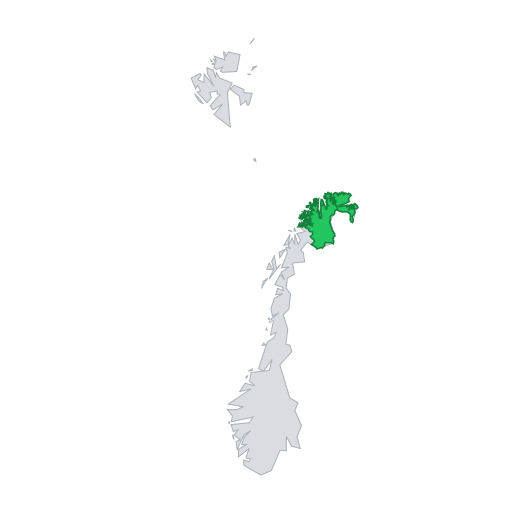 Finnmark highlighted on a map of Norway, rotated 331°
{"feature_id": "NOR-1062", "entity_name": "Finnmark", "entity_type": "County", "adm_level": 1, "iso_a3": "NOR", "parent_name": "Norway", "parent_adm1": "", "projection": "orthographic", "projection_center": [25.614, 69.86], "detail": "fine", "context": "in_parent", "style": "filled", "palette": "green", "viewbox_px": 512, "rotation_deg": 331, "n_neighbors": 0, "source": "natural_earth", "source_scale": "10m", "svg_char_len": 9779}
<svg xmlns="http://www.w3.org/2000/svg" viewBox="0 0 512 512"><g transform="rotate(331 256 256)"><path d="M307.9,268.6L297.8,272.6L299.0,275.9L295.7,284.8L284.7,279.9L280.7,290.5L272.7,290.7L266.8,298.7L267.8,305.8L258.9,318.5L251.4,320.5L248.2,335.6L239.4,347.5L242.3,350.3L241.0,357.0L224.0,362.9L216.7,396.7L221.6,404.7L215.1,409.9L213.5,426.4L204.3,434.0L201.3,445.8L194.9,439.4L195.1,428.5L188.1,441.0L182.8,437.6L165.4,451.1L153.9,449.9L143.9,433.1L146.4,428.4L150.0,432.4L153.1,430.9L149.3,427.8L156.4,421.2L143.2,423.2L147.1,416.5L156.1,416.2L152.1,414.0L157.7,408.7L166.6,406.2L158.4,406.7L145.7,416.1L148.7,408.5L153.1,409.3L150.1,402.0L155.9,399.3L151.0,398.6L152.4,391.3L169.2,398.6L175.4,395.5L154.1,389.0L157.8,384.5L156.6,376.4L165.1,381.1L171.5,381.6L160.0,372.1L187.1,369.8L176.0,366.6L184.8,362.0L192.0,369.0L189.8,362.3L195.3,355.4L212.1,362.6L219.9,354.2L206.7,360.3L203.6,355.8L224.2,336.7L232.5,336.2L236.5,332.5L230.3,332.3L239.6,321.5L238.3,318.5L248.2,316.7L241.3,316.6L243.5,309.3L251.6,301.8L261.1,302.0L254.5,299.5L259.1,294.6L262.9,299.5L264.1,296.4L258.7,290.1L268.3,283.8L269.4,290.5L269.9,282.4L279.3,281.7L272.6,278.7L284.7,268.6L286.5,262.9L290.0,266.3L288.8,262.8L296.3,257.8L295.4,264.8L300.6,255.5L298.3,266.6L302.7,263.6L302.5,256.3L311.0,258.4L307.6,250.7L316.1,248.5L320.0,256.0L329.3,237.1L335.4,240.7L330.8,253.9L339.9,238.9L340.5,248.3L343.0,246.3L346.4,235.4L351.3,237.4L348.5,243.1L350.8,243.2L350.6,251.0L354.1,239.4L367.9,248.1L354.4,252.7L360.7,259.9L368.8,261.0L356.8,273.6L358.7,265.1L357.2,261.4L348.0,254.5L337.4,261.7L335.3,274.8L329.8,282.2L312.8,279.3L307.9,268.6ZM304.4,67.4L308.8,72.6L307.2,80.1L310.2,76.4L310.4,82.8L319.0,93.2L310.2,99.1L296.0,130.8L287.9,112.0L300.5,106.8L289.2,107.3L288.6,102.4L302.9,97.5L300.5,95.5L302.2,92.8L294.8,90.5L293.6,96.0L287.4,98.2L284.0,84.0L287.6,84.7L287.6,78.3L284.3,80.6L285.5,69.0L295.6,69.3L295.9,71.2L290.7,73.8L294.5,78.9L298.9,71.7L301.5,86.9L302.0,73.3L304.4,67.4ZM316.3,60.9L323.7,69.4L326.4,61.7L327.3,62.6L326.5,67.0L330.6,64.0L339.6,72.2L328.6,85.3L315.8,79.1L314.4,77.1L318.4,74.6L311.6,73.7L310.5,70.4L312.7,68.7L309.9,66.4L314.4,67.4L314.3,63.4L315.9,65.5L316.3,60.9ZM319.7,95.9L326.1,104.5L324.7,107.3L331.6,111.9L322.9,120.5L321.4,119.7L322.6,115.3L315.5,116.6L319.0,108.3L314.4,97.7L319.7,95.9ZM267.6,277.4L273.3,275.3L256.3,282.4L265.4,276.0L267.2,268.2L272.1,264.7L267.6,277.4ZM278.0,263.9L285.1,264.2L276.0,269.1L278.0,263.9ZM285.5,260.4L296.2,253.7L290.1,261.3L285.5,260.4ZM281.0,84.1L283.4,93.5L283.6,97.4L281.0,92.5L281.0,84.1ZM264.2,268.5L264.2,275.8L258.8,273.0L264.2,268.5ZM321.1,240.5L317.1,245.5L312.1,243.1L318.1,242.4L321.1,240.5ZM321.6,244.3L319.7,250.2L317.5,248.4L321.6,244.3ZM249.7,281.7L255.5,281.2L248.6,284.6L249.7,281.7ZM359.5,65.3L353.2,67.7L359.7,64.9L359.5,65.3ZM344.7,89.3L349.0,90.2L342.6,91.5L344.7,89.3ZM332.6,236.7L336.4,235.4L337.6,236.6L332.6,236.7ZM324.2,242.8L323.3,246.0L322.4,243.2L324.2,242.8ZM303.2,250.4L302.8,253.6L301.4,252.3L303.2,250.4ZM302.5,170.2L301.7,173.2L300.5,170.6L302.5,170.2ZM339.5,94.5L337.5,94.1L337.3,92.9L339.5,94.5ZM220.6,335.8L221.2,338.6L218.0,337.2L220.6,335.8ZM296.6,249.1L298.5,250.5L299.4,252.5L296.6,249.1ZM311.6,62.6L312.1,64.8L311.0,63.9L311.6,62.6ZM197.5,354.1L193.4,353.2L198.0,352.9L197.5,354.1ZM190.7,356.6L188.6,358.3L188.2,357.0L190.7,356.6ZM247.6,285.1L245.2,287.2L248.1,283.5L247.6,285.1ZM149.1,402.7L147.5,405.9L148.6,401.4L149.1,402.7ZM236.7,318.7L236.3,316.4L237.4,316.8L236.7,318.7ZM361.4,256.8L361.1,259.4L361.0,259.0L361.4,256.8ZM237.3,320.8L235.1,320.8L237.9,320.4L237.3,320.8ZM230.1,324.1L229.8,326.2L228.9,325.3L230.1,324.1ZM152.6,388.2L150.9,389.9L151.7,388.3L152.6,388.2Z" fill="#d9dde1" stroke="#a8b0b8" stroke-width="1"/><path d="M356.7,273.5L355.8,272.4L355.8,270.2L358.8,265.2L357.3,261.6L352.4,259.2L352.2,258.2L350.8,257.6L348.9,254.4L347.4,254.5L345.4,256.4L345.3,257.1L343.9,257.7L342.4,257.0L340.1,257.5L338.2,261.3L336.9,261.8L336.7,262.4L336.9,263.7L336.2,264.9L335.9,266.8L336.1,267.7L335.5,268.8L335.2,270.5L335.5,272.1L335.3,273.5L335.6,274.7L334.5,277.0L333.2,276.8L331.6,278.1L331.3,279.0L331.1,281.2L329.9,281.9L329.6,282.8L328.0,280.8L323.1,277.9L322.1,278.2L321.7,279.7L318.0,281.4L317.2,280.2L312.7,279.4L312.6,277.3L310.0,272.7L314.0,271.9L314.4,269.8L313.1,266.7L313.0,265.3L315.9,264.6L317.0,262.3L315.1,261.0L314.5,259.2L315.0,258.5L314.7,257.9L314.9,257.0L313.4,256.3L312.3,252.4L310.7,253.3L309.2,251.7L306.8,250.8L308.2,250.1L308.4,251.2L308.7,249.4L309.1,249.2L310.8,252.5L310.7,251.5L311.0,251.4L310.4,250.4L311.8,249.3L311.6,250.0L312.3,249.6L312.4,251.0L312.6,250.8L312.6,250.1L313.6,250.1L313.3,251.1L313.4,252.3L313.0,252.8L313.3,252.9L315.1,253.1L313.6,252.3L314.2,250.6L317.7,251.7L316.8,253.3L314.2,253.8L313.2,254.6L317.0,253.6L318.0,252.9L317.9,254.9L318.6,255.0L318.7,256.1L318.3,256.5L319.7,255.8L319.8,256.7L321.2,255.3L319.7,255.0L318.9,253.9L320.3,253.4L320.4,253.1L319.8,252.6L320.6,252.1L319.5,251.7L321.3,251.2L319.9,250.9L321.9,250.1L320.9,249.8L321.3,248.9L323.9,246.3L326.5,247.4L325.0,245.8L326.1,244.6L326.6,243.0L328.9,244.4L328.9,243.5L328.5,242.7L326.0,241.3L326.2,240.3L327.0,239.7L328.4,241.4L328.3,239.9L329.0,239.7L328.3,239.3L328.1,238.5L328.6,238.2L328.3,237.8L329.4,237.9L329.8,238.6L329.6,239.0L330.6,238.9L330.5,238.0L330.9,237.9L331.0,238.7L330.1,239.7L331.1,240.1L331.6,238.8L332.1,239.9L332.1,241.2L332.7,240.8L333.1,239.5L332.8,238.2L332.9,237.8L333.9,238.8L333.4,240.3L334.7,239.3L335.3,239.9L336.3,239.7L334.5,241.7L334.7,242.3L334.4,242.7L331.0,246.6L332.4,246.4L332.1,246.9L331.0,246.8L332.4,247.5L332.1,247.6L332.2,248.8L331.1,249.3L331.9,250.1L330.4,251.7L330.2,253.0L330.2,254.0L330.5,254.8L330.6,253.5L331.1,253.1L331.0,253.6L331.4,253.6L331.0,254.0L331.5,254.5L332.1,254.1L333.9,250.4L333.3,249.6L336.7,244.7L337.2,242.7L340.5,238.2L341.2,238.6L341.2,239.4L340.8,240.1L341.3,240.4L341.0,242.2L338.9,243.9L340.9,244.0L340.3,246.3L340.4,247.0L340.1,247.6L340.0,249.2L340.9,248.8L340.8,248.2L341.5,247.9L341.9,247.0L343.7,247.1L342.9,246.0L343.1,245.5L342.8,245.3L343.5,244.4L344.6,244.9L343.6,243.9L343.9,243.2L343.4,242.8L343.6,242.3L345.0,242.0L344.6,241.4L344.9,240.5L346.8,240.8L345.8,240.4L346.1,240.0L345.3,239.5L345.4,238.8L344.0,239.2L343.6,238.7L343.7,238.2L345.0,238.3L344.2,237.3L344.3,236.7L345.7,237.0L346.2,238.0L346.3,236.8L346.0,236.6L346.0,235.8L346.7,234.8L347.1,235.2L347.2,236.0L348.1,236.4L349.1,235.7L349.3,236.3L350.0,235.4L350.4,235.9L350.1,237.3L352.2,237.4L351.9,239.0L351.2,239.1L351.7,239.4L351.1,239.8L351.2,240.2L350.4,240.1L350.9,240.5L350.7,240.8L347.6,241.0L348.0,241.4L347.7,241.9L348.4,241.4L349.9,241.9L347.0,244.5L351.0,242.5L350.6,244.2L348.3,246.7L348.6,247.7L348.9,246.6L350.4,246.3L349.5,247.4L350.1,246.9L350.1,247.4L351.3,245.9L350.3,248.5L350.6,253.1L349.7,254.3L350.7,253.5L350.9,252.4L350.6,250.3L350.8,248.2L351.7,246.4L352.4,247.2L352.7,246.0L351.7,245.2L352.3,242.9L352.9,242.9L352.3,242.1L352.5,241.6L353.8,239.2L355.6,239.0L355.5,239.4L356.4,239.4L357.6,240.6L357.0,241.4L357.8,241.5L357.2,241.8L357.5,242.0L357.0,242.6L357.2,243.1L359.5,241.3L360.0,241.6L360.1,242.3L359.5,243.6L362.0,241.7L362.7,242.2L362.1,242.9L363.7,243.7L362.4,244.7L362.7,245.0L361.6,245.0L362.6,245.1L364.7,244.3L366.7,246.8L367.6,246.1L368.5,247.6L368.3,248.4L368.7,249.1L365.5,250.1L364.5,251.3L364.4,252.4L363.0,253.3L363.3,253.6L357.3,253.1L353.6,252.1L353.4,252.2L354.3,252.3L353.5,253.5L354.9,253.6L354.2,253.9L360.4,255.7L358.5,257.8L359.5,256.8L360.8,256.8L361.1,258.1L359.6,260.6L359.8,260.6L359.5,261.5L360.6,260.0L362.8,259.1L363.1,259.2L362.3,260.5L362.4,260.8L363.1,259.8L364.0,260.7L363.4,259.5L364.0,259.1L363.6,258.4L363.6,257.1L364.3,256.9L364.6,257.3L364.3,257.7L365.1,257.9L365.4,260.3L365.0,260.9L365.6,260.7L365.5,258.3L365.7,258.1L367.1,258.2L367.3,258.9L368.0,258.2L368.8,260.6L368.8,263.0L367.9,263.5L366.3,263.3L364.3,261.6L363.6,261.7L364.2,262.1L364.4,263.1L363.9,265.3L362.8,266.8L359.2,268.2L358.4,272.1L356.7,273.5ZM315.5,246.1L313.9,246.0L313.8,245.3L312.9,246.6L313.7,244.7L314.1,244.0L312.3,244.3L312.1,244.1L312.5,243.5L311.8,243.2L313.5,243.6L313.8,242.8L314.6,243.8L314.5,242.2L315.2,242.9L315.5,242.1L316.2,242.7L315.8,243.3L316.4,243.2L316.5,244.3L316.7,243.5L317.2,243.5L316.7,241.6L317.9,242.1L317.7,242.6L318.1,243.3L318.5,242.2L319.5,242.0L318.6,240.9L319.0,240.8L318.8,240.5L320.4,241.2L320.4,239.6L320.5,239.6L321.4,240.9L320.8,241.1L321.2,241.4L320.4,241.7L320.0,243.0L319.3,242.7L319.1,243.2L319.4,243.5L319.2,243.9L318.6,244.0L318.9,244.2L318.8,244.7L317.5,244.8L317.8,245.2L316.9,245.8L316.0,245.0L315.5,246.1ZM322.2,246.4L321.8,248.0L319.3,250.4L318.5,250.0L318.9,247.9L318.3,249.3L317.2,248.0L317.7,248.0L317.9,247.8L317.5,247.2L318.3,246.4L319.6,246.0L319.3,245.5L319.8,245.7L319.9,246.8L320.1,245.4L321.5,245.6L320.7,244.2L321.8,244.3L321.8,245.9L322.2,246.4ZM336.5,237.3L338.1,236.7L337.2,237.8L335.1,237.8L335.3,238.4L334.0,238.7L333.2,237.6L334.1,237.0L332.5,236.8L332.8,236.1L332.6,236.0L333.5,236.0L333.5,235.4L335.0,236.4L334.0,234.7L334.7,234.3L335.6,234.5L335.6,235.5L336.9,235.2L336.7,236.1L336.1,236.4L336.5,236.6L336.3,237.1L336.5,237.3ZM324.3,242.7L325.2,244.3L325.0,244.9L323.2,246.2L322.2,244.6L322.5,243.3L322.2,242.9L322.7,241.8L323.4,241.8L323.4,242.7L324.3,242.7ZM317.5,249.9L318.1,250.9L314.5,250.0L314.1,249.2L314.4,248.7L314.9,249.4L314.8,248.4L316.0,248.1L316.2,249.3L316.5,248.2L316.9,249.4L317.7,249.5L317.5,249.9ZM362.7,258.1L363.3,258.1L360.8,259.5L361.5,258.0L361.5,256.7L362.4,256.9L362.7,258.1ZM325.0,237.9L326.1,238.1L324.8,238.8L324.0,238.0L324.8,237.7L323.9,237.3L324.4,236.7L326.0,237.3L325.0,237.9ZM310.2,248.2L310.5,249.2L309.8,250.3L309.8,248.4L310.2,248.2ZM329.7,235.5L329.3,236.8L328.4,236.2L329.1,236.0L329.0,235.3L329.7,235.5Z" fill="#22c55e" stroke="#15803d" stroke-width="1.5"/></g></svg>